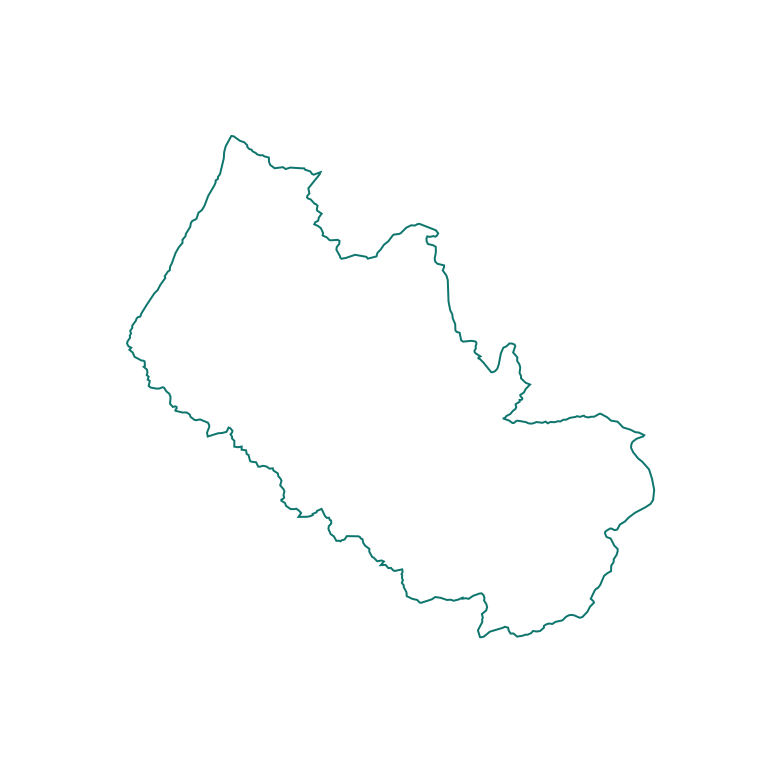 the district of San Rafael, Antioquia, Colombia, rotated 253°
{"feature_id": "7082276B22021388124839", "entity_name": "San Rafael", "entity_type": "district", "adm_level": 2, "iso_a3": "COL", "parent_name": "Colombia", "parent_adm1": "Antioquia", "projection": "equal_earth", "projection_center": [-75.014, 6.308], "detail": "fine", "context": "isolated", "style": "outline", "palette": "teal", "viewbox_px": 768, "rotation_deg": 253, "n_neighbors": 0, "source": "geoboundaries", "source_scale": "gbopen_adm2", "svg_char_len": 6166}
<svg xmlns="http://www.w3.org/2000/svg" viewBox="0 0 768 768"><g transform="rotate(253 384 384)"><path d="M665.8,310.5L657.6,302.1L652.4,298.9L646.7,296.8L632.6,288.5L630.7,285.9L628.6,285.0L627.9,282.5L626.1,282.0L623.7,280.0L615.3,270.9L607.0,264.5L603.6,260.8L602.0,256.6L597.0,253.1L596.4,251.6L596.1,248.6L594.5,246.4L591.0,244.7L585.5,238.4L583.4,237.4L580.9,233.5L577.9,232.6L574.7,227.7L570.4,223.1L561.2,216.2L558.7,213.7L555.4,212.4L554.7,210.2L551.2,205.8L549.3,205.8L544.3,199.2L539.9,194.9L537.8,190.8L528.7,179.8L522.4,172.6L519.8,170.7L519.8,168.1L519.1,166.7L517.0,165.1L513.3,160.2L511.4,159.8L508.9,156.8L506.4,156.9L504.5,155.0L502.5,154.7L499.7,151.2L497.8,150.1L494.7,150.7L492.6,152.9L491.1,150.5L487.6,152.9L482.9,153.4L477.3,159.0L476.5,161.0L475.5,161.7L471.1,160.6L470.7,159.2L467.1,161.5L464.0,161.1L461.9,159.7L459.8,161.1L457.3,159.3L455.4,160.9L450.9,158.4L448.8,159.9L446.0,165.3L445.4,167.8L445.6,171.5L444.5,172.7L440.6,173.7L437.5,175.8L434.0,176.1L427.6,173.6L423.8,175.4L423.6,178.0L422.8,178.9L421.6,178.8L420.0,176.8L419.3,176.8L415.6,183.1L414.5,186.9L411.7,189.3L409.1,189.4L405.2,192.2L404.3,193.7L403.9,197.7L398.5,204.3L395.7,204.8L394.0,204.3L389.2,200.5L385.3,200.1L385.4,211.0L384.5,214.6L384.3,219.4L387.8,222.7L386.7,224.0L383.6,225.4L382.1,224.6L380.8,222.5L378.3,223.3L376.2,222.8L373.4,224.3L367.9,222.5L366.2,225.9L365.8,229.6L362.8,228.6L360.9,232.7L357.1,232.2L355.8,233.7L349.7,233.4L348.5,234.4L346.5,238.8L341.7,239.6L341.2,241.2L341.2,244.2L339.5,247.5L336.5,249.8L335.9,253.0L333.5,253.0L329.6,256.3L326.5,256.0L323.9,257.3L321.5,257.7L317.4,255.1L312.6,257.2L310.5,257.4L307.1,255.4L304.6,255.3L303.8,254.2L303.4,252.0L302.4,251.7L299.2,254.5L296.1,254.7L291.8,258.0L290.6,261.4L290.4,263.6L287.8,265.7L284.8,267.0L281.9,263.4L279.4,272.1L279.2,274.5L279.4,277.5L280.6,277.7L281.0,281.9L282.2,282.7L282.8,287.8L274.8,289.0L272.6,290.3L272.2,292.3L270.0,292.4L268.9,293.5L266.0,292.7L264.2,289.7L261.7,288.5L256.0,289.1L253.0,291.5L247.9,292.6L247.3,295.2L246.3,296.2L246.9,297.9L246.8,300.8L249.4,304.0L245.9,314.8L244.9,316.1L242.7,316.9L242.0,318.0L238.2,317.7L235.0,318.6L230.6,321.8L228.0,320.9L222.1,322.1L220.9,323.4L216.5,325.7L215.9,330.2L214.3,332.0L211.7,327.9L210.6,332.6L206.7,334.3L206.1,336.9L203.1,338.3L202.1,339.5L201.4,347.2L198.8,346.8L196.9,345.1L195.8,345.5L193.4,344.5L190.9,344.7L188.6,342.9L185.8,344.0L183.9,343.5L178.2,344.6L174.5,343.7L170.3,348.2L167.7,352.7L164.7,354.1L163.9,355.5L164.1,366.8L165.3,370.7L162.9,375.8L159.1,381.0L158.2,384.8L156.4,387.1L156.1,392.3L156.7,396.3L156.6,396.8L155.7,396.4L155.3,399.4L153.8,402.2L155.4,407.3L155.7,414.2L155.2,416.2L152.7,417.5L150.0,417.5L147.6,416.4L143.6,417.5L140.5,417.4L137.5,415.5L135.4,410.3L131.7,410.2L130.1,409.0L127.7,408.5L121.0,401.8L113.9,401.8L113.3,403.2L113.3,405.9L116.2,412.8L116.1,426.4L116.5,428.6L114.7,431.4L111.5,431.2L108.3,432.1L107.6,434.8L103.5,437.5L102.7,443.4L103.0,445.6L102.3,447.9L102.7,451.8L104.2,454.2L102.5,458.2L102.2,461.2L104.1,465.6L105.9,466.2L106.7,468.8L106.7,471.7L105.3,475.0L106.4,478.2L105.8,485.5L108.2,490.1L108.8,493.2L108.4,495.7L107.2,498.2L103.3,502.7L103.1,505.5L106.7,511.9L110.9,516.0L113.5,520.9L115.3,520.7L118.1,518.9L124.8,525.0L126.0,526.7L126.5,529.1L128.7,532.1L136.1,538.3L137.8,542.3L138.6,546.4L143.9,548.2L146.4,551.4L149.4,552.6L152.4,556.3L155.6,558.5L157.9,559.2L162.0,557.0L170.0,555.6L172.1,552.7L173.3,551.9L177.1,551.7L178.3,552.8L179.7,557.9L179.1,559.5L176.9,561.6L176.6,564.5L180.6,568.4L182.1,574.3L184.7,578.8L187.5,586.5L189.7,598.0L191.4,603.9L194.4,607.4L203.7,611.4L215.0,612.6L224.8,612.5L234.1,608.3L238.6,605.2L246.0,602.3L250.8,601.6L254.1,603.0L256.0,604.7L257.8,609.5L258.1,616.6L259.0,617.9L263.0,613.6L264.5,610.2L268.3,606.3L272.5,600.0L279.6,596.4L282.6,590.4L286.8,587.8L292.1,582.6L292.5,581.3L291.3,575.6L292.3,571.5L292.2,569.7L294.0,566.7L295.3,565.9L295.3,561.7L296.8,559.1L296.5,557.7L297.3,551.8L296.6,547.6L297.4,545.1L296.6,541.7L297.5,539.7L297.6,536.0L299.0,532.0L298.6,529.0L300.8,527.6L300.6,524.1L303.0,518.8L302.8,514.5L303.3,512.5L304.3,510.4L306.0,508.7L309.9,501.0L309.9,499.5L308.8,497.0L309.1,495.5L312.5,492.9L316.4,487.6L316.1,489.6L317.6,491.7L318.4,496.1L320.5,499.2L321.7,502.4L323.4,503.8L325.6,503.7L326.3,504.3L327.4,508.6L329.2,509.0L328.7,510.7L329.0,511.7L330.1,512.1L332.6,510.9L333.8,511.2L334.9,515.2L337.8,518.1L340.8,523.5L343.8,519.8L349.4,516.7L351.5,517.4L355.0,516.9L359.8,519.1L363.2,519.2L367.2,518.1L370.5,519.3L376.4,516.7L381.8,520.6L383.5,520.4L385.1,518.5L386.1,515.9L384.2,512.0L383.8,508.7L379.1,504.7L369.2,499.5L365.6,496.9L363.8,494.0L363.5,491.7L363.9,490.0L375.3,485.4L379.9,483.0L380.8,481.8L381.6,482.0L382.2,484.3L386.5,480.6L388.3,480.0L389.3,480.2L391.1,482.2L393.3,482.6L395.3,484.1L396.9,484.4L398.2,483.5L399.8,479.9L401.4,472.0L403.3,470.6L410.9,471.3L412.7,468.6L414.5,468.0L420.6,469.6L426.8,468.9L430.5,469.7L435.1,468.9L443.9,469.8L464.9,475.4L469.4,475.4L475.4,473.4L478.2,475.6L479.9,476.1L483.4,470.2L486.0,468.8L489.1,469.1L494.8,472.1L500.0,473.6L502.1,471.8L505.1,466.9L507.9,466.5L510.9,467.2L512.5,468.5L511.3,470.9L511.0,474.5L509.9,476.1L510.3,477.8L512.3,479.9L515.9,478.5L526.8,464.7L527.1,462.7L526.5,460.1L527.8,456.3L527.0,451.1L523.3,444.0L523.1,442.0L524.0,437.3L523.6,435.9L519.2,429.9L517.2,424.7L513.6,420.2L511.4,416.2L508.2,414.1L508.6,405.2L510.8,404.3L516.0,394.1L515.7,384.1L516.2,380.0L517.8,379.1L519.1,379.3L526.3,377.7L528.8,378.9L531.1,382.2L533.9,383.3L535.4,381.8L537.0,374.9L537.7,373.9L541.0,372.1L544.0,368.7L546.3,369.9L551.5,369.2L554.6,366.9L557.1,364.0L558.8,365.6L559.4,368.8L562.3,370.4L565.1,374.2L569.3,370.8L570.7,370.8L573.8,372.6L575.9,371.5L576.7,370.3L582.0,367.8L583.7,365.5L585.0,364.9L586.4,365.8L588.0,368.3L593.3,368.9L603.2,383.6L605.1,385.2L604.7,378.0L605.8,376.7L608.9,375.6L612.0,371.2L613.4,370.9L618.4,357.5L618.3,352.8L620.9,350.8L622.3,342.5L626.8,339.2L630.1,339.0L634.2,340.1L636.7,336.1L638.3,334.9L638.8,332.5L640.8,329.7L642.3,329.0L645.0,326.3L646.9,325.8L648.0,323.9L650.6,322.6L652.3,323.0L656.2,320.9L658.6,317.4L664.8,312.7L665.8,310.5Z" fill="none" stroke="#0f766e" stroke-width="2"/></g></svg>